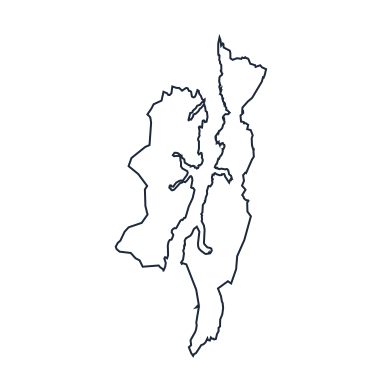 Høyanger nor, Sogn og Fjordane, Norway (Natural Earth projection), rotated 108°
{"feature_id": "86288312B43013877276358", "entity_name": "Høyanger nor", "entity_type": "district", "adm_level": 2, "iso_a3": "NOR", "parent_name": "Norway", "parent_adm1": "Sogn og Fjordane", "projection": "natural_earth1", "projection_center": [5.813, 61.125], "detail": "fine", "context": "isolated", "style": "outline", "palette": "slate", "viewbox_px": 384, "rotation_deg": 108, "n_neighbors": 0, "source": "geoboundaries", "source_scale": "gbopen_adm2", "svg_char_len": 6076}
<svg xmlns="http://www.w3.org/2000/svg" viewBox="0 0 384 384"><g transform="rotate(108 192 192)"><path d="M52.3,159.5L51.8,164.0L50.4,166.3L53.4,170.2L51.9,171.2L52.0,176.2L48.4,179.2L47.7,180.4L48.0,181.3L47.4,183.0L48.1,183.1L48.7,184.5L48.6,185.8L50.1,186.2L50.9,190.6L53.7,194.1L53.0,196.8L47.9,198.5L45.9,199.8L44.8,206.5L41.5,207.9L41.2,208.7L43.8,209.5L38.5,212.0L36.5,213.6L42.9,212.9L51.8,210.0L53.4,209.2L53.1,208.9L53.7,208.0L58.2,206.8L59.2,205.7L60.7,205.2L62.4,203.3L66.6,201.9L67.8,202.2L68.2,201.8L67.8,201.8L68.0,201.4L69.3,200.8L69.9,199.8L71.2,199.7L73.4,201.1L74.7,201.3L78.7,200.2L81.8,198.0L82.1,198.6L83.6,198.5L85.6,197.1L84.6,196.5L86.9,196.4L87.5,196.0L86.6,196.1L86.3,195.6L89.4,195.6L89.2,195.4L90.5,194.6L90.9,193.3L92.4,192.7L93.5,191.3L94.2,191.8L94.7,191.1L96.2,190.5L96.8,189.3L98.3,188.7L98.1,188.1L98.8,187.9L98.4,187.7L100.2,186.9L101.6,185.3L103.4,184.8L103.6,183.2L104.9,180.7L106.9,181.7L107.5,183.9L108.1,184.7L111.1,185.8L113.0,185.1L112.3,185.0L112.9,184.7L112.3,184.1L112.8,183.9L113.0,184.5L115.1,182.8L116.8,182.5L118.5,183.2L121.8,183.0L125.0,184.4L125.4,185.1L127.3,185.0L126.9,185.3L131.7,186.8L133.0,186.5L133.6,186.2L133.3,185.9L135.3,185.3L136.1,184.2L138.0,183.6L136.1,182.1L137.6,181.6L137.5,180.9L138.4,180.2L137.7,180.3L138.0,179.3L136.8,179.1L135.9,177.9L137.2,176.7L137.2,175.8L138.8,175.1L141.5,175.4L141.7,176.2L143.8,175.3L147.0,175.2L150.0,176.4L152.2,176.5L152.6,176.8L152.5,177.3L157.5,177.1L158.4,177.8L161.4,178.0L161.9,176.9L161.4,176.3L161.8,175.5L161.4,175.2L161.8,174.9L161.7,172.7L160.7,171.3L160.2,167.2L159.5,166.4L159.4,165.5L160.1,164.3L163.7,162.1L164.5,159.9L166.7,158.4L166.6,158.8L168.3,158.7L168.1,159.2L169.2,159.5L171.6,159.6L167.2,165.1L165.0,166.8L165.8,169.0L166.7,169.0L167.5,170.8L167.5,174.4L166.9,175.7L167.2,176.3L168.6,176.5L167.8,177.4L168.7,177.0L169.2,177.8L171.7,177.7L173.6,176.8L173.2,176.3L173.5,176.1L175.1,176.5L176.1,175.6L178.1,175.4L181.0,176.3L181.0,177.9L181.8,178.2L186.5,178.1L189.0,177.0L193.4,177.2L195.8,176.7L196.6,177.1L197.3,176.5L200.9,177.7L208.2,175.8L210.2,176.4L211.2,175.1L212.5,175.1L215.3,173.8L216.7,173.9L220.2,170.3L223.9,168.4L236.7,164.9L237.9,164.0L239.9,160.3L239.6,157.1L239.9,156.1L241.7,155.1L244.5,155.7L244.5,156.2L245.3,156.8L245.3,157.3L244.9,157.4L245.7,157.7L246.6,159.5L246.6,160.8L245.1,165.3L243.6,168.0L241.7,169.4L238.7,170.5L227.5,172.7L223.5,176.7L226.8,178.8L231.9,179.3L234.1,180.1L238.0,183.5L240.6,183.9L244.4,182.3L245.2,182.4L245.3,182.9L248.4,182.0L250.3,182.3L253.1,180.6L259.1,179.6L262.5,180.6L263.5,179.5L262.6,178.6L262.6,175.0L283.6,157.8L297.0,150.8L300.5,152.4L298.9,150.0L314.8,147.6L317.4,146.3L321.2,145.7L324.1,145.7L333.4,147.6L337.9,145.5L340.6,147.0L345.5,142.9L347.5,140.3L345.6,140.0L343.9,138.4L334.8,135.9L333.2,134.0L330.9,132.7L326.5,132.1L327.9,131.1L327.7,129.1L324.5,129.1L325.3,127.5L324.9,126.3L325.4,125.4L324.4,123.9L319.3,124.3L316.0,123.7L313.1,124.8L311.1,123.8L304.6,125.8L299.0,125.4L292.8,126.5L288.0,128.6L287.0,129.7L282.2,132.2L275.7,137.5L265.8,130.3L266.9,126.5L251.7,126.2L239.1,129.2L221.4,127.4L196.9,128.5L193.5,133.2L185.2,136.2L182.9,135.6L182.6,136.2L183.1,137.7L182.7,139.0L181.9,140.7L180.7,141.4L179.4,143.3L173.3,141.8L170.5,146.4L165.3,146.0L160.3,148.6L157.1,147.3L157.3,146.4L142.6,145.0L139.3,144.1L134.4,146.1L131.3,146.6L132.8,146.8L129.0,149.4L122.5,151.8L119.3,151.8L115.0,155.3L115.2,158.9L110.8,159.3L110.0,161.9L110.6,163.8L109.7,163.9L109.5,165.4L109.9,167.1L104.3,169.5L101.0,167.7L99.4,168.4L100.0,169.1L96.1,170.1L88.7,166.9L83.9,163.9L65.5,159.7L61.0,159.9L61.1,159.2L58.0,159.0L52.3,159.5ZM105.5,250.1L114.5,249.2L120.4,255.6L125.2,256.4L132.0,258.4L133.3,255.6L134.2,254.6L138.7,252.3L160.5,246.9L163.6,250.4L178.4,260.1L187.0,260.3L191.5,248.7L200.1,236.5L204.1,237.6L219.7,232.0L227.2,227.3L236.9,230.3L245.2,241.4L250.6,243.8L260.4,245.1L263.4,246.9L267.7,247.6L269.6,246.1L271.1,242.4L268.9,231.4L272.5,225.2L273.2,220.7L278.3,215.8L272.2,201.0L273.4,199.0L274.6,195.1L276.4,194.9L271.4,194.4L267.6,195.0L263.8,197.8L262.3,197.4L262.8,195.2L259.5,195.2L250.3,198.5L246.7,198.9L244.5,198.3L243.5,196.7L239.4,196.4L238.5,196.6L236.7,198.8L235.0,199.2L233.7,199.0L231.8,197.6L231.5,196.1L231.1,195.8L222.9,194.2L221.5,193.2L221.5,192.3L219.1,191.5L218.8,190.6L217.8,190.3L206.9,190.6L197.7,189.5L189.3,190.2L187.9,192.0L188.2,193.7L187.9,194.3L180.8,195.2L178.2,196.5L177.2,198.0L178.0,198.8L182.6,200.3L184.7,201.5L184.9,203.2L184.0,204.1L186.3,204.5L186.9,205.9L195.4,209.8L196.6,211.4L196.2,212.7L195.3,213.3L195.4,214.2L194.9,214.9L192.8,215.1L192.2,214.2L192.9,213.3L192.7,211.5L188.2,210.0L185.4,207.6L184.3,205.9L184.6,204.4L177.1,202.0L175.0,202.0L173.7,202.9L172.6,208.4L171.0,210.4L167.4,211.5L165.6,212.7L161.6,214.2L161.9,214.3L161.9,216.5L163.5,220.1L162.9,221.6L160.1,220.7L159.4,218.3L159.7,216.3L161.2,214.2L160.7,213.1L161.6,212.9L162.6,211.6L163.3,209.5L166.3,207.9L167.4,203.6L167.3,202.4L167.6,201.4L168.2,201.2L166.7,199.0L167.0,198.3L166.7,197.6L167.9,196.7L167.5,195.7L168.2,194.7L167.4,193.7L166.2,193.5L165.1,194.1L164.2,193.6L164.1,192.6L162.2,191.5L159.2,191.4L157.6,192.0L156.1,193.4L155.0,193.4L152.1,194.9L152.0,195.6L154.1,197.0L152.9,198.4L148.6,198.8L141.6,201.1L140.8,202.2L139.0,202.7L136.0,202.2L134.8,203.0L131.7,203.6L128.3,205.5L127.5,205.2L127.2,204.5L127.8,203.9L127.6,202.4L121.1,203.8L120.4,203.3L120.3,202.4L121.5,201.3L120.7,199.9L115.9,200.4L111.3,202.5L110.7,204.1L107.6,205.5L104.8,207.6L103.8,207.6L106.6,208.2L109.7,209.5L110.0,210.1L113.2,210.9L116.6,212.8L117.1,213.8L118.1,214.5L119.9,214.3L123.4,215.2L123.4,216.1L124.8,217.2L124.6,217.6L117.5,218.1L116.3,216.3L114.3,216.2L111.2,214.3L108.4,213.7L106.5,211.3L103.5,210.2L102.8,209.3L102.8,208.3L101.8,208.1L100.1,208.6L101.3,209.5L100.5,211.1L97.8,213.3L96.3,215.5L93.7,216.9L93.4,218.3L99.3,218.4L100.9,218.9L101.6,219.9L101.2,221.6L97.0,223.8L96.5,225.0L96.8,226.2L94.7,228.2L94.9,229.8L98.7,232.7L97.0,236.4L97.8,239.0L97.7,243.3L104.4,242.1L106.7,243.2L107.0,244.6L105.8,246.3L105.5,250.1Z" fill="none" stroke="#1e293b" stroke-width="2"/></g></svg>